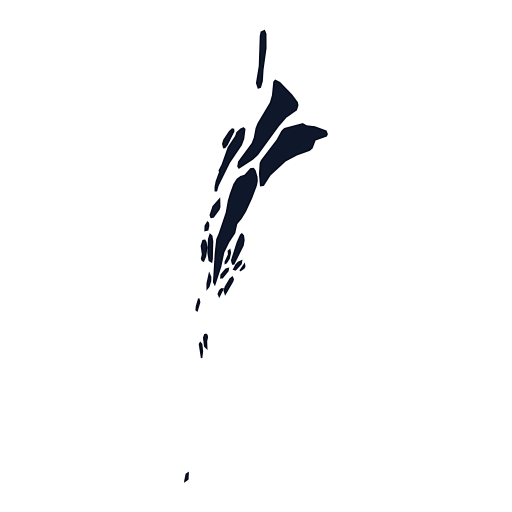 outline of Essequibo I./L.B.E.River, Essequibo Islands-West Demerara, Guyana
{"feature_id": "73187651B51062108887281", "entity_name": "Essequibo I./L.B.E.River", "entity_type": "district", "adm_level": 2, "iso_a3": "GUY", "parent_name": "Guyana", "parent_adm1": "Essequibo Islands-West Demerara", "projection": "equal_earth", "projection_center": [-58.518, 6.771], "detail": "fine", "context": "isolated", "style": "filled", "palette": "ink", "viewbox_px": 512, "rotation_deg": 0, "n_neighbors": 0, "source": "geoboundaries", "source_scale": "gbopen_adm2", "svg_char_len": 2896}
<svg xmlns="http://www.w3.org/2000/svg" viewBox="0 0 512 512"><path d="M327.1,134.1L325.9,131.1L314.8,127.0L306.3,126.0L302.7,123.9L284.6,128.7L282.0,131.3L277.2,140.1L261.7,160.4L260.4,163.3L259.7,173.7L260.7,185.6L263.4,185.2L269.9,175.0L285.3,160.8L296.6,154.8L309.5,150.1L312.0,147.9L315.0,139.9L326.3,135.9L327.1,134.1ZM256.8,177.0L254.9,170.6L253.4,168.6L250.8,168.8L244.9,175.4L240.8,176.7L237.3,179.2L234.1,184.2L230.6,193.8L228.6,200.6L226.4,212.8L219.3,233.9L217.0,239.2L215.5,252.8L213.7,282.1L214.8,284.3L220.5,266.9L223.6,252.3L228.6,242.0L234.5,233.0L236.6,223.7L241.0,218.4L245.4,211.2L251.3,198.4L256.1,185.7L257.0,181.1L256.8,177.0ZM297.1,102.4L291.7,95.1L279.6,82.6L275.3,80.4L274.0,81.9L272.7,95.3L270.6,102.7L258.2,123.5L256.3,128.3L254.5,137.8L252.3,143.5L238.8,161.8L238.0,166.4L239.0,167.9L252.5,159.1L257.4,154.6L278.3,125.9L285.9,117.1L296.3,109.8L297.7,105.2L297.1,102.4ZM244.7,129.2L243.4,128.0L240.9,129.1L237.1,132.5L235.8,136.3L228.4,147.5L222.3,164.7L219.3,170.6L219.9,171.8L216.4,181.3L215.3,187.0L215.3,190.7L216.5,190.7L217.8,185.8L229.3,162.5L241.2,144.9L243.5,138.8L244.7,129.2ZM265.7,33.9L264.4,30.7L261.3,32.1L260.5,36.1L259.5,66.0L256.7,83.1L258.3,87.9L260.3,87.2L262.1,81.0L262.8,69.7L265.8,48.1L265.7,33.9ZM243.3,235.7L241.8,234.0L240.7,235.0L237.3,242.7L231.7,260.4L232.7,264.0L233.8,263.9L243.0,245.4L243.9,240.1L243.3,235.7ZM212.5,241.4L211.7,236.0L210.1,234.5L208.7,239.1L208.1,252.6L209.3,260.5L211.6,261.9L212.1,259.0L212.5,241.4ZM219.5,199.3L213.2,206.4L210.3,215.1L211.1,217.4L213.3,217.0L218.9,209.4L219.7,206.9L219.5,199.3ZM233.5,129.4L232.2,129.1L229.4,131.8L223.9,140.1L222.8,143.9L223.7,147.6L224.8,147.5L227.0,144.7L233.7,131.3L233.5,129.4ZM205.9,242.4L204.8,240.3L203.0,240.6L201.4,246.0L202.6,254.5L201.6,258.6L202.3,260.4L203.5,261.0L205.4,256.5L206.7,247.6L205.9,242.4ZM233.2,279.3L232.3,277.2L230.2,278.8L225.4,286.9L224.3,290.6L225.3,293.9L232.6,281.3L233.2,279.3ZM206.9,335.2L206.0,334.4L204.8,334.7L203.7,337.9L204.8,346.3L206.7,348.2L206.4,341.2L207.3,337.3L206.9,335.2ZM210.6,277.0L209.3,273.9L207.2,283.4L207.2,288.6L208.8,286.6L210.5,280.9L210.6,277.0ZM228.3,268.5L225.9,269.2L221.2,274.8L220.9,277.8L222.4,277.7L227.9,270.9L228.3,268.5ZM241.5,260.9L238.3,262.4L236.0,264.9L233.7,269.3L235.5,269.8L241.0,263.8L241.5,260.9ZM201.6,344.2L200.3,342.7L199.5,344.2L201.6,358.0L202.4,351.2L201.6,344.2ZM229.8,249.9L228.4,251.1L228.7,254.6L225.3,261.8L225.3,263.3L226.4,262.7L229.1,258.4L230.3,252.8L229.8,249.9ZM208.3,223.1L207.5,222.2L205.3,225.8L205.1,230.5L207.7,229.9L208.6,225.7L208.3,223.1ZM198.8,298.6L196.5,306.3L196.2,310.0L197.1,310.7L199.6,302.3L198.8,298.6ZM184.9,481.3L187.8,479.2L188.1,473.0L186.3,474.2L184.9,481.1L184.9,481.3ZM221.4,288.9L219.6,290.7L218.3,294.0L219.3,296.3L222.9,289.0L221.4,288.9ZM244.4,264.4L240.0,270.8L243.8,268.2L244.7,266.4L244.4,264.4Z" fill="#0f172a" stroke="#020617" stroke-width="1.5"/></svg>